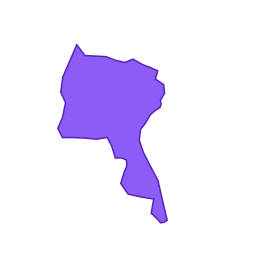 outline of Beyləqan, rotated 143°
{"feature_id": "AZE-1697", "entity_name": "Beyləqan", "entity_type": "District", "adm_level": 1, "iso_a3": "AZE", "parent_name": "Azerbaijan", "parent_adm1": "", "projection": "mercator", "projection_center": [47.672, 39.865], "detail": "fine", "context": "isolated", "style": "filled", "palette": "violet", "viewbox_px": 256, "rotation_deg": 143, "n_neighbors": 0, "source": "natural_earth", "source_scale": "10m", "svg_char_len": 800}
<svg xmlns="http://www.w3.org/2000/svg" viewBox="0 0 256 256"><g transform="rotate(143 128 128)"><path d="M160.3,196.9L149.4,208.0L118.8,225.3L118.8,225.1L118.8,211.8L102.7,198.3L97.1,189.4L91.0,182.2L82.6,180.0L78.4,170.2L73.5,162.4L69.9,155.8L73.3,153.0L76.7,150.7L75.2,146.5L73.4,141.1L77.8,133.8L85.5,130.6L87.2,127.1L90.1,125.1L96.3,125.6L102.3,125.1L110.5,121.6L119.0,119.2L126.4,111.4L130.3,99.6L133.1,84.1L135.6,68.0L141.4,55.4L152.2,30.7L155.8,31.0L159.1,32.7L159.3,36.7L160.6,45.1L161.0,45.8L150.2,55.8L159.4,65.4L167.7,75.1L167.2,88.1L157.2,95.3L152.1,98.2L148.5,103.2L151.4,108.3L156.2,111.6L151.9,123.4L150.3,133.0L159.8,137.9L168.2,145.6L177.2,153.1L186.1,159.8L184.3,169.9L173.5,176.2L162.6,185.9L160.3,196.6L160.3,196.9Z" fill="#8b5cf6" stroke="#5b21b6" stroke-width="1.5"/></g></svg>